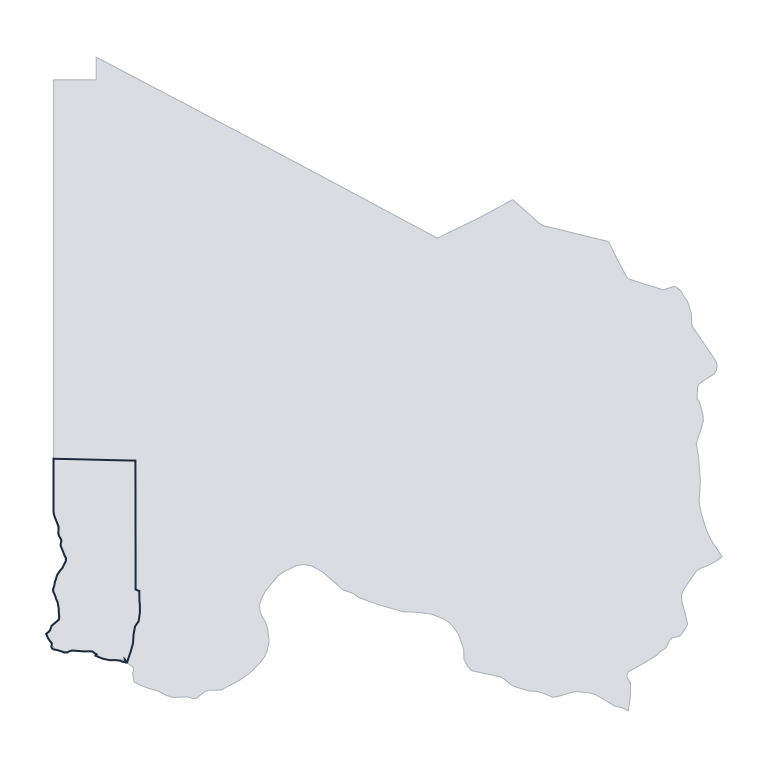 Al Butnan on a map of Libya (Mercator projection), rotated 180°
{"feature_id": "LBY-2987", "entity_name": "Al Butnan", "entity_type": "Municipality", "adm_level": 1, "iso_a3": "LBY", "parent_name": "Libya", "parent_adm1": "", "projection": "mercator", "projection_center": [24.313, 30.16], "detail": "fine", "context": "in_parent", "style": "outline", "palette": "slate", "viewbox_px": 768, "rotation_deg": 180, "n_neighbors": 0, "source": "natural_earth", "source_scale": "10m", "svg_char_len": 4726}
<svg xmlns="http://www.w3.org/2000/svg" viewBox="0 0 768 768"><g transform="rotate(180 384 384)"><path d="M55.0,205.2L60.1,202.6L67.3,199.7L71.0,197.4L72.6,195.6L78.0,187.9L80.9,183.6L84.7,177.8L86.4,173.8L86.5,170.0L85.9,165.4L82.9,154.5L80.4,143.9L82.3,139.8L83.9,137.8L87.2,132.8L88.6,131.8L95.8,130.3L98.7,126.9L100.9,122.8L101.5,120.6L104.6,118.3L108.4,116.0L110.7,113.0L118.4,108.3L125.3,104.1L133.4,99.6L139.7,96.2L141.0,93.2L140.9,90.5L137.5,84.6L137.5,77.5L137.7,71.7L138.1,68.2L139.6,58.5L139.7,57.2L146.2,60.4L152.8,61.7L172.7,73.6L179.0,75.1L192.9,76.6L209.3,71.7L215.5,70.8L226.3,75.4L231.1,76.7L239.1,77.0L252.7,81.2L256.2,82.6L264.2,89.3L268.0,91.2L296.3,97.3L300.1,101.3L304.1,109.0L304.2,118.5L306.4,125.4L309.9,134.3L314.2,140.5L318.9,145.8L324.2,149.0L336.6,153.9L350.6,155.7L364.7,156.3L388.9,163.0L409.5,170.6L414.5,174.4L424.8,178.1L445.3,196.0L456.6,202.2L464.6,203.4L471.8,202.3L484.5,196.1L489.8,192.4L502.6,177.0L506.8,168.8L508.4,163.1L508.0,157.3L506.4,152.1L502.9,146.6L500.3,139.3L498.9,126.2L500.9,117.1L503.3,111.6L507.2,106.0L517.8,95.3L528.5,87.7L547.3,77.9L558.2,77.7L562.8,76.7L571.8,69.6L575.4,69.4L580.5,71.1L595.3,70.6L601.8,72.6L609.6,76.9L619.5,79.6L626.4,82.3L633.8,85.8L635.5,94.4L634.7,97.0L634.5,100.3L642.2,106.3L664.0,109.0L668.3,110.6L674.3,115.2L678.1,116.6L693.1,117.2L701.8,116.2L710.1,117.8L713.2,119.3L716.3,122.9L720.2,131.5L721.7,134.3L720.0,135.7L717.7,138.7L716.2,141.4L712.3,145.7L709.0,150.4L709.3,157.1L710.0,164.0L712.2,170.7L714.1,178.1L713.6,183.0L712.0,189.0L710.0,194.0L703.6,204.2L702.6,206.6L703.0,210.1L706.9,222.2L707.2,226.0L709.5,237.7L711.7,247.2L714.0,254.6L714.4,256.7L714.4,267.6L714.4,278.6L714.4,289.5L714.4,300.4L714.4,311.2L714.4,322.1L714.4,332.9L714.4,343.7L714.4,354.5L714.4,365.2L714.4,376.0L714.4,386.7L714.4,397.4L714.4,408.0L714.4,418.7L714.4,429.3L714.4,439.9L714.4,450.5L714.4,461.1L714.4,471.6L714.4,482.2L714.4,492.7L714.4,503.2L714.4,513.6L714.4,524.1L714.4,534.5L714.4,545.0L714.4,555.4L714.4,565.8L714.4,576.1L714.4,586.5L714.4,596.8L714.4,619.7L714.4,642.5L714.4,665.2L714.4,687.9L714.2,688.0L713.8,688.2L703.3,688.2L692.8,688.2L682.3,688.2L671.8,688.2L671.8,693.8L671.8,699.5L671.8,705.2L671.8,710.8L651.3,700.1L630.9,689.4L610.5,678.6L590.0,667.9L569.6,657.1L549.2,646.3L528.7,635.5L508.3,624.7L487.9,613.8L467.4,603.0L447.0,592.1L426.6,581.2L406.1,570.3L385.7,559.3L365.3,548.4L344.8,537.4L330.7,529.8L315.5,537.2L303.6,543.0L287.9,550.6L269.8,560.5L255.9,568.1L255.3,568.1L254.7,567.9L240.2,555.0L229.0,544.9L224.0,542.1L202.7,537.0L181.6,531.8L159.4,526.4L155.4,518.2L150.9,509.0L144.8,497.4L141.0,490.4L139.8,489.3L122.8,483.7L104.8,478.2L94.2,481.5L92.4,481.2L89.4,479.1L86.4,476.3L84.8,472.3L80.6,466.9L76.7,454.7L76.3,444.9L75.5,441.4L66.2,427.6L57.6,415.0L52.0,406.6L50.9,402.8L51.5,398.2L53.8,394.0L62.1,389.0L69.5,383.6L70.5,379.8L71.0,369.4L68.6,366.2L66.8,360.0L64.9,351.7L64.7,346.3L68.0,335.6L71.9,324.4L69.5,312.0L67.6,287.0L68.8,267.2L67.9,259.9L67.2,256.9L64.7,247.5L61.5,237.8L60.1,234.4L56.1,226.6L49.5,216.9L46.1,210.9L50.8,207.7L55.0,205.2Z" fill="#d9dde1" stroke="#a8b0b8" stroke-width="1"/><path d="M721.7,134.3L719.0,136.4L717.8,138.1L716.3,142.4L709.3,148.1L708.8,149.7L708.8,151.5L709.2,155.7L709.3,159.8L710.3,165.1L710.5,166.1L712.0,169.2L712.6,171.7L714.5,175.7L715.0,177.7L714.8,179.4L714.1,181.1L713.6,183.1L713.2,185.9L711.9,189.3L711.7,190.3L711.3,191.9L710.5,193.6L708.0,197.4L706.7,198.7L705.5,200.2L705.1,200.9L704.4,202.6L702.7,205.8L702.0,207.5L702.0,209.4L702.3,210.5L703.5,212.7L707.2,221.9L707.4,223.0L707.4,224.0L706.6,226.6L706.9,228.6L709.1,232.3L709.7,234.3L709.7,235.5L709.4,239.1L709.4,241.0L709.9,242.7L713.4,251.3L714.2,253.9L714.5,256.7L714.5,262.7L714.5,270.9L714.5,290.3L714.5,309.4L714.4,309.4L714.0,309.3L713.6,309.2L693.3,308.8L673.1,308.3L652.8,307.8L632.6,307.4L632.5,275.4L632.5,243.3L632.4,211.0L632.4,178.5L631.5,178.1L630.6,177.7L629.7,177.4L628.8,177.0L628.7,177.0L628.6,166.7L628.1,163.0L628.1,155.4L629.3,146.9L633.0,141.5L634.4,133.7L635.0,124.7L637.2,116.8L639.2,110.9L640.6,106.4L640.7,106.1L640.9,106.3L641.6,106.5L642.1,106.8L642.5,107.3L642.9,108.4L643.3,108.8L643.2,108.0L642.7,105.7L643.5,106.1L645.4,106.1L645.8,106.2L647.0,107.3L652.6,107.9L658.5,107.8L665.8,109.5L672.5,112.3L671.6,113.3L671.4,113.7L671.7,113.9L672.8,114.4L675.5,116.5L676.5,116.7L684.6,116.6L695.9,117.5L699.7,116.3L700.7,115.6L701.2,115.4L702.9,115.7L703.3,115.6L703.6,115.4L703.9,115.4L704.2,115.6L704.4,115.7L704.9,116.0L705.5,116.2L706.4,116.6L707.8,116.9L709.5,117.6L714.5,118.6L716.0,119.6L716.7,121.2L716.3,123.2L716.2,124.3L716.5,125.2L718.0,126.9L720.2,130.2L720.5,131.0L721.1,132.5L721.9,133.9L721.8,134.1L721.7,134.3Z" fill="none" stroke="#1e293b" stroke-width="2"/></g></svg>